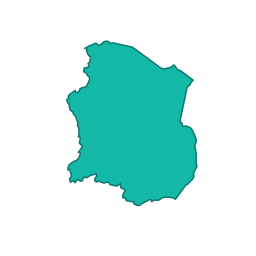 Alto Horizonte, Goiás, Brazil (Equal Earth projection), rotated 37°
{"feature_id": "56859067B49316936904557", "entity_name": "Alto Horizonte", "entity_type": "district", "adm_level": 2, "iso_a3": "BRA", "parent_name": "Brazil", "parent_adm1": "Goiás", "projection": "equal_earth", "projection_center": [-49.437, -14.179], "detail": "fine", "context": "isolated", "style": "filled", "palette": "teal", "viewbox_px": 256, "rotation_deg": 37, "n_neighbors": 0, "source": "geoboundaries", "source_scale": "gbopen_adm2", "svg_char_len": 2427}
<svg xmlns="http://www.w3.org/2000/svg" viewBox="0 0 256 256"><g transform="rotate(37 128 128)"><path d="M208.8,156.3L208.5,138.9L209.5,136.9L209.9,133.2L210.3,130.7L210.1,128.6L209.4,126.4L207.9,125.4L207.0,121.9L206.1,117.0L203.4,114.9L201.9,112.8L200.1,110.5L198.3,107.9L196.6,106.2L194.8,104.5L192.1,102.1L191.2,99.4L190.5,97.3L189.0,95.9L185.9,93.9L184.0,92.7L182.3,92.1L180.7,90.9L179.1,90.5L177.2,90.3L175.3,90.9L173.4,91.3L172.0,92.6L170.3,93.4L168.1,91.6L165.7,91.4L164.5,89.3L150.7,59.9L151.5,56.8L151.0,53.9L151.2,50.6L135.3,50.6L133.6,51.3L131.4,51.4L128.6,50.3L126.6,50.1L125.6,53.8L123.8,56.0L121.3,59.2L119.4,59.9L117.7,60.4L93.3,60.6L82.8,60.8L64.2,69.3L63.4,71.1L60.4,70.7L58.9,71.4L57.0,73.2L56.2,77.0L55.2,79.8L52.8,79.4L50.7,80.1L49.2,83.3L47.8,85.3L47.0,87.2L45.7,90.1L47.7,89.7L48.5,91.3L51.1,93.0L53.0,93.8L54.9,93.6L56.6,96.2L57.7,98.6L57.4,100.6L59.7,101.9L59.1,104.0L57.0,106.4L58.7,109.8L61.4,109.1L64.0,110.5L66.0,110.5L67.8,111.8L68.5,113.8L69.2,117.0L69.6,120.6L67.0,123.6L66.0,125.5L66.9,127.2L66.2,130.1L64.7,130.9L63.2,129.9L62.4,132.5L61.0,136.5L61.3,138.7L62.7,139.8L62.1,142.3L63.5,143.4L65.1,144.3L66.9,144.5L69.1,147.0L71.1,148.4L72.8,148.4L74.4,148.5L76.5,150.0L78.4,150.0L80.2,150.9L82.4,152.6L85.0,154.0L86.3,156.6L88.0,157.1L89.4,158.3L90.8,160.3L92.3,161.9L93.6,164.8L95.4,164.2L96.5,165.6L97.3,167.5L98.2,169.3L102.7,170.0L102.8,172.5L103.0,175.0L102.9,177.1L104.7,176.5L106.2,179.1L106.9,182.4L106.2,184.9L105.2,186.6L104.4,188.8L103.6,190.5L103.2,193.3L104.2,196.3L105.4,197.6L106.4,196.1L108.4,197.8L110.6,199.4L112.1,201.0L111.8,203.5L113.2,204.8L114.7,205.9L115.7,204.0L117.0,202.6L118.5,203.4L118.7,199.8L120.1,199.2L122.0,199.1L123.4,197.3L122.4,195.7L122.4,193.3L124.3,193.0L125.5,191.6L126.0,189.5L127.6,187.0L128.9,185.6L129.9,183.6L131.9,185.2L132.0,188.7L133.6,190.3L135.7,189.8L136.9,187.9L139.1,187.3L141.9,186.5L143.5,184.4L145.4,182.9L147.3,184.0L149.3,183.4L152.0,182.1L153.8,181.3L154.8,179.4L155.3,177.1L156.9,178.1L158.1,180.1L160.6,179.6L162.6,179.0L163.5,180.5L163.7,182.7L164.4,185.3L165.9,186.7L168.5,185.8L170.3,187.0L172.6,185.9L175.2,184.7L176.8,183.4L178.3,185.0L180.2,184.8L182.1,184.2L184.0,182.8L184.5,180.2L185.7,177.5L186.9,175.6L187.9,172.5L189.6,171.4L191.2,172.4L191.9,170.7L193.3,168.9L195.4,167.9L196.5,166.0L197.1,163.6L199.2,161.1L201.7,159.2L203.6,158.0L206.2,156.6L208.8,156.3Z" fill="#14b8a6" stroke="#0f766e" stroke-width="1.5"/></g></svg>